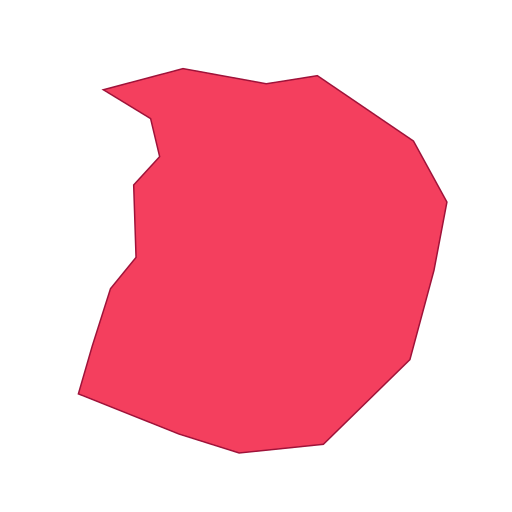 Dyo Potamoi, Cyprus, rotated 81°
{"feature_id": "46923920B69592041186855", "entity_name": "Dyo Potamoi", "entity_type": "district", "adm_level": 2, "iso_a3": "CYP", "parent_name": "Cyprus", "parent_adm1": "", "projection": "mercator", "projection_center": [33.085, 35.242], "detail": "fine", "context": "isolated", "style": "filled", "palette": "rose", "viewbox_px": 512, "rotation_deg": 81, "n_neighbors": 0, "source": "geoboundaries", "source_scale": "gbopen_adm2", "svg_char_len": 391}
<svg xmlns="http://www.w3.org/2000/svg" viewBox="0 0 512 512"><g transform="rotate(81 256 256)"><path d="M364.4,453.0L419.8,359.9L447.9,303.5L452.5,218.9L382.4,120.2L298.1,82.5L232.6,59.0L167.1,82.5L87.5,167.2L87.5,218.9L59.5,298.8L67.9,380.8L103.8,338.6L142.8,335.6L166.7,365.7L238.6,374.7L265.5,404.8L319.5,431.9L364.4,453.0Z" fill="#f43f5e" stroke="#9f1239" stroke-width="1.5"/></g></svg>